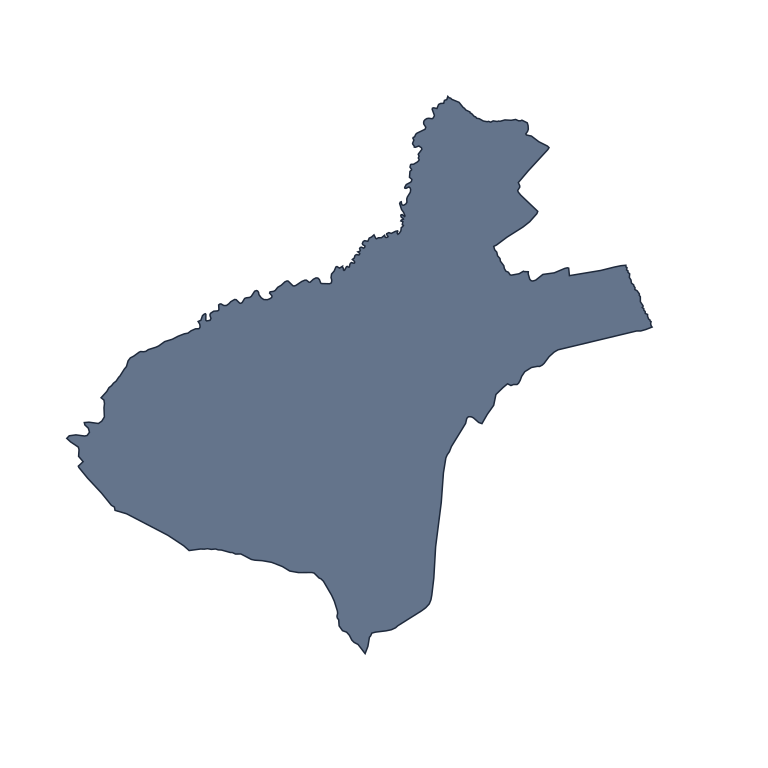 outline of Katako-Kombe, Kasaï-Oriental, Democratic Republic of the Congo, rotated 227°
{"feature_id": "63176286B65571818133367", "entity_name": "Katako-Kombe", "entity_type": "district", "adm_level": 2, "iso_a3": "COD", "parent_name": "Democratic Republic of the Congo", "parent_adm1": "Kasaï-Oriental", "projection": "natural_earth1", "projection_center": [24.617, -3.373], "detail": "fine", "context": "isolated", "style": "filled", "palette": "slate", "viewbox_px": 768, "rotation_deg": 227, "n_neighbors": 0, "source": "geoboundaries", "source_scale": "gbopen_adm2", "svg_char_len": 6159}
<svg xmlns="http://www.w3.org/2000/svg" viewBox="0 0 768 768"><g transform="rotate(227 384 384)"><path d="M475.0,101.1L464.7,107.2L420.9,122.7L402.3,127.2L395.1,127.9L388.5,137.2L385.8,139.9L383.9,142.6L380.8,144.9L378.2,148.3L375.8,149.6L373.4,151.9L365.5,156.7L364.1,158.2L360.9,159.4L357.3,163.4L346.2,167.3L343.2,169.4L337.9,174.4L330.2,180.2L319.8,185.2L311.5,187.5L304.3,192.9L295.3,202.7L293.5,203.9L286.3,204.2L284.6,205.0L281.1,205.2L265.2,201.6L259.0,199.5L249.8,195.1L247.9,193.7L246.3,191.3L244.8,190.3L242.4,190.0L237.7,186.2L231.9,185.4L228.0,187.4L223.8,187.3L218.7,185.8L215.4,185.9L211.2,187.4L199.7,186.3L203.1,193.3L208.7,200.6L208.9,202.4L210.1,205.2L208.3,208.6L202.1,217.1L199.3,221.7L197.8,226.2L197.8,229.1L192.5,256.7L191.9,261.9L192.3,267.1L194.2,271.2L197.0,275.0L208.1,288.1L229.7,310.7L258.3,345.1L278.5,366.9L287.8,378.9L289.1,382.0L289.9,385.7L292.3,390.7L299.5,416.8L302.4,421.1L302.5,423.4L300.6,425.4L298.3,426.3L291.3,427.0L288.2,428.6L291.4,439.0L293.6,449.7L300.0,458.7L300.2,468.7L299.9,474.5L296.3,475.8L295.3,478.4L292.9,480.9L292.8,482.9L293.8,486.1L295.7,489.9L297.0,495.4L295.5,503.1L292.3,508.2L290.7,509.8L289.9,512.7L289.9,515.2L291.4,523.4L291.3,530.2L290.3,534.6L250.5,604.9L247.7,607.9L245.3,612.6L242.8,618.9L244.4,619.1L246.2,620.1L247.5,621.9L248.6,621.6L249.6,622.2L251.0,621.8L253.9,623.0L255.1,624.2L257.4,623.2L259.0,624.5L260.6,624.3L261.9,625.4L263.8,625.0L264.0,626.3L264.5,626.8L269.3,627.6L273.0,631.0L274.8,631.2L275.7,632.2L279.6,632.7L282.0,631.9L283.3,633.3L285.0,633.5L286.2,634.2L289.0,633.8L291.7,635.6L294.6,636.1L297.0,638.8L299.3,638.6L300.3,639.6L302.0,639.2L303.4,641.1L304.6,640.8L305.9,641.9L308.9,638.0L312.5,632.1L319.2,620.0L336.8,593.5L342.8,598.1L343.9,597.4L345.2,595.2L349.2,584.3L355.8,574.9L356.5,565.7L357.8,563.1L359.1,562.1L361.1,562.0L366.1,564.5L367.7,566.1L370.5,563.3L371.4,562.9L372.5,558.0L376.8,551.3L377.9,550.7L380.9,551.2L383.4,550.1L386.4,550.8L388.8,552.3L394.4,552.9L396.7,554.4L400.3,554.5L403.5,556.4L406.7,556.5L409.8,558.1L408.9,561.1L407.5,574.1L404.0,592.7L403.3,601.2L404.3,612.0L405.4,614.2L429.0,612.8L432.9,613.1L434.3,613.7L435.4,617.6L436.5,618.5L439.7,619.6L441.5,634.8L443.7,663.7L444.3,665.9L446.6,665.8L455.5,662.5L464.8,660.9L469.0,658.0L470.2,658.3L470.8,661.2L471.9,663.3L474.7,665.6L477.3,666.9L482.9,664.8L483.4,663.3L484.8,661.9L487.7,660.7L490.1,656.9L494.7,652.5L497.0,648.0L498.2,647.1L498.8,645.8L502.0,643.3L502.7,640.6L504.8,639.6L505.4,638.4L508.6,636.0L513.1,634.6L515.2,633.0L516.9,633.2L518.0,632.5L522.0,632.5L523.5,631.9L524.3,632.4L528.6,630.7L530.8,630.9L532.2,630.5L538.8,631.0L546.0,627.7L547.6,627.7L548.9,626.8L550.8,626.8L549.2,623.9L550.2,621.6L548.6,619.1L550.6,616.7L551.2,614.6L549.4,610.6L552.1,608.7L552.7,607.6L552.1,606.6L546.2,604.1L545.6,603.3L545.0,601.1L545.2,600.1L547.8,598.0L548.9,596.4L549.3,594.4L549.1,592.6L548.4,591.5L547.1,590.4L543.3,589.7L542.3,587.8L545.0,579.1L545.0,577.5L543.9,574.9L544.4,573.5L544.1,572.8L542.0,572.2L540.5,569.0L539.8,568.6L537.3,568.3L536.6,567.7L535.7,568.4L534.3,571.8L531.2,572.5L529.8,571.7L528.7,565.7L526.7,565.0L525.9,563.2L524.1,562.7L523.7,561.9L523.6,559.9L524.6,555.4L526.2,553.7L526.2,552.9L524.9,550.9L522.1,550.5L521.7,550.0L521.8,548.0L517.8,543.6L514.6,543.9L513.6,542.4L513.4,541.1L514.7,536.3L513.7,533.2L512.9,532.8L512.1,533.5L511.1,536.6L509.4,536.8L507.9,536.0L506.3,534.0L504.8,528.5L503.8,526.8L501.3,524.7L500.8,522.8L501.3,520.3L502.4,519.4L503.5,519.6L505.5,520.9L505.9,519.9L505.3,518.5L499.6,515.8L496.2,515.4L492.6,514.0L492.4,513.3L495.6,512.8L496.1,511.9L495.6,511.0L494.1,510.4L492.0,510.9L491.2,510.6L492.1,508.5L491.8,507.5L489.8,508.5L488.1,506.0L486.8,506.4L486.4,504.9L486.6,503.3L484.5,500.8L483.8,498.0L484.0,496.3L485.6,496.6L486.2,498.2L486.7,498.4L487.8,496.6L489.2,492.0L491.4,490.8L492.1,488.5L491.7,487.9L489.1,487.6L488.9,486.9L489.6,485.5L490.4,485.0L492.4,485.8L492.7,481.9L494.8,479.6L495.3,477.6L496.1,477.3L499.9,478.4L500.0,475.1L500.8,472.7L499.4,469.5L502.0,467.6L502.4,466.0L501.5,463.9L500.4,463.5L497.9,464.2L497.1,463.1L497.2,461.8L499.5,460.8L500.0,459.8L499.8,458.6L497.7,457.6L497.7,456.5L498.5,455.0L496.0,455.3L495.4,454.2L495.9,453.1L497.2,452.5L497.7,451.2L497.7,450.3L496.4,448.1L496.7,445.8L494.1,446.0L493.1,445.7L492.6,444.9L493.4,443.9L495.0,443.1L495.2,441.7L494.5,440.2L493.2,438.5L493.7,437.7L495.0,437.4L495.4,436.6L494.1,432.8L494.3,432.2L495.0,432.1L496.5,433.3L497.6,433.1L498.4,434.0L499.1,430.5L502.0,429.7L502.4,428.6L500.6,424.6L500.2,420.6L497.9,417.8L495.7,416.7L494.5,415.4L493.9,414.4L494.4,412.6L500.1,406.8L501.1,406.6L504.5,408.0L506.6,407.9L508.0,406.6L508.8,403.8L508.8,399.3L509.5,398.6L512.8,398.1L513.9,397.0L515.1,393.7L516.2,386.8L516.9,385.2L517.9,384.4L524.6,384.1L525.5,383.4L526.3,381.2L526.3,376.3L527.2,372.2L526.6,368.2L527.1,366.4L529.1,363.5L528.5,362.3L525.1,362.2L524.2,361.5L523.9,360.6L524.3,358.4L525.2,356.2L527.7,353.7L530.8,353.0L534.7,353.5L536.6,354.8L538.3,355.0L539.3,354.5L540.1,352.7L538.6,346.7L538.9,344.9L541.0,342.0L541.6,340.4L540.3,335.8L540.7,334.2L541.6,333.6L546.5,333.4L547.7,332.4L548.7,328.1L548.5,325.2L548.9,322.3L550.6,320.4L553.8,319.4L554.5,318.3L554.6,317.0L551.1,314.1L550.7,313.2L551.0,312.1L553.4,309.1L554.0,305.4L553.6,304.3L552.5,303.3L550.0,302.2L549.2,300.2L551.1,297.3L552.2,297.2L556.4,301.2L557.2,301.3L557.7,300.3L557.8,297.9L555.5,293.5L556.5,290.7L553.5,290.1L551.7,288.9L550.8,287.8L550.7,286.3L552.9,283.8L554.5,279.2L554.9,275.3L556.9,272.2L559.4,265.9L561.1,259.7L564.6,252.5L565.5,245.2L566.4,242.4L569.9,235.1L570.3,232.1L571.7,230.0L573.7,228.2L574.3,226.6L575.1,219.9L576.1,216.3L575.5,212.7L572.4,207.5L572.0,204.2L569.9,196.2L569.9,194.7L568.8,190.1L569.1,186.7L568.6,183.6L568.9,180.4L567.6,176.2L566.9,167.7L563.2,168.2L560.3,166.2L557.6,163.0L550.6,157.0L549.3,152.2L549.9,148.2L557.3,142.2L560.2,138.5L558.1,137.3L553.3,137.6L549.6,135.7L548.8,131.8L550.1,129.6L556.9,124.0L560.8,118.5L560.6,114.9L555.3,115.3L546.3,117.4L543.9,116.1L539.4,111.3L532.4,111.0L532.4,104.4L531.0,103.9L517.1,103.0L496.9,103.0L481.2,101.9L477.9,102.9L475.0,101.1Z" fill="#64748b" stroke="#1e293b" stroke-width="1.5"/></g></svg>